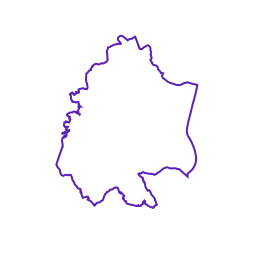 outline of Simian, Mehedinti, Romania, rotated 235°
{"feature_id": "2599482B5228411789707", "entity_name": "Simian", "entity_type": "district", "adm_level": 2, "iso_a3": "ROU", "parent_name": "Romania", "parent_adm1": "Mehedinti", "projection": "albers", "projection_center": [22.742, 44.63], "detail": "fine", "context": "isolated", "style": "outline", "palette": "violet", "viewbox_px": 256, "rotation_deg": 235, "n_neighbors": 0, "source": "geoboundaries", "source_scale": "gbopen_adm2", "svg_char_len": 5731}
<svg xmlns="http://www.w3.org/2000/svg" viewBox="0 0 256 256"><g transform="rotate(235 128 128)"><path d="M203.3,167.2L203.2,166.7L203.4,166.0L204.1,164.8L204.8,161.1L204.7,160.0L205.4,157.8L204.7,157.3L203.0,154.7L202.2,154.1L200.4,153.5L199.5,152.6L196.1,150.8L195.5,150.4L195.1,149.7L194.8,149.0L194.7,148.2L194.8,145.7L195.0,144.8L195.4,144.3L195.9,144.1L196.1,143.7L196.5,141.6L197.0,140.3L197.6,139.6L198.3,139.5L198.6,139.2L198.9,138.3L199.3,137.4L199.4,137.1L199.1,134.3L198.7,134.3L198.6,133.7L198.2,132.4L197.5,131.0L196.8,130.8L197.3,129.3L196.5,126.6L196.6,126.1L196.5,125.2L196.2,124.8L191.3,121.1L189.9,120.4L188.4,120.0L186.3,119.2L184.2,118.0L184.0,117.8L183.4,116.6L183.4,116.4L183.6,116.2L184.3,115.8L185.1,114.6L186.0,114.4L186.3,114.2L186.7,113.0L187.2,112.1L187.9,110.2L187.9,109.5L185.5,108.5L185.3,108.2L185.4,107.3L185.8,106.6L186.2,106.6L186.5,106.8L186.7,106.5L187.0,106.4L187.2,106.1L186.3,105.7L186.1,105.5L186.1,105.1L186.0,104.9L186.1,104.3L186.3,104.2L185.7,103.2L185.8,103.0L187.1,102.7L188.1,102.9L188.5,102.4L189.0,102.6L189.2,101.7L188.6,100.8L188.7,100.6L189.1,100.4L189.2,100.2L188.9,99.7L188.5,99.6L187.7,99.7L187.3,99.6L186.4,99.3L185.0,98.2L181.9,97.6L181.3,97.6L180.9,97.8L180.8,98.7L178.9,99.8L178.5,101.0L178.2,101.7L177.7,102.2L175.9,101.4L175.3,101.5L175.1,100.9L174.5,100.9L172.8,101.4L173.5,100.5L173.4,100.3L174.1,100.0L173.8,99.5L172.7,99.9L170.9,97.1L170.0,96.7L170.5,95.7L169.0,95.7L168.3,95.8L167.7,96.1L167.5,96.5L166.9,96.5L166.7,96.1L167.1,96.1L169.8,94.5L172.0,93.9L172.8,92.3L172.6,91.4L174.0,89.3L174.2,86.5L173.6,85.3L172.1,85.7L170.6,86.8L170.1,86.4L170.5,85.9L169.5,85.4L169.2,85.6L168.7,85.6L168.8,85.3L167.9,85.3L166.3,82.9L167.3,82.0L167.9,81.8L167.8,81.5L168.0,80.9L168.5,80.4L168.8,80.5L168.6,80.0L169.1,79.1L168.6,78.7L168.0,78.2L167.9,77.9L167.0,77.1L165.8,76.8L165.3,76.8L164.8,77.7L163.4,79.4L163.1,78.9L163.1,78.5L163.7,77.6L162.7,76.8L162.3,76.2L161.9,76.2L161.5,76.4L160.9,77.0L160.1,78.5L159.6,78.3L159.7,78.0L159.4,77.8L159.3,77.1L159.3,76.4L159.5,76.1L159.5,75.2L161.1,73.8L160.9,73.3L161.6,71.4L161.0,71.0L160.1,72.6L160.2,73.6L159.5,74.2L158.5,74.4L157.8,73.6L157.1,73.5L156.7,71.8L157.1,71.9L157.5,72.6L157.9,72.2L158.1,71.4L157.6,70.4L157.2,70.1L157.0,69.7L157.5,68.8L156.3,67.4L155.6,66.8L154.5,66.1L153.2,65.6L152.2,65.1L150.0,63.7L149.9,63.0L145.2,56.5L144.9,56.0L144.3,55.7L144.1,55.0L143.3,53.8L139.1,48.3L137.3,48.1L136.9,47.8L134.1,48.1L133.4,48.1L132.7,47.9L132.3,48.0L130.2,46.8L127.4,46.5L126.5,47.1L125.8,47.8L125.7,49.3L125.4,50.0L124.6,51.1L123.8,51.6L123.4,52.4L123.2,53.2L122.4,54.2L121.6,54.0L120.1,53.9L118.8,53.2L116.4,52.6L114.6,52.7L113.0,52.1L111.3,52.1L109.9,52.6L109.2,52.3L108.9,52.4L108.0,52.4L106.9,52.5L106.0,53.5L105.0,54.1L103.9,53.0L102.8,52.3L102.6,53.0L101.6,52.7L101.6,52.2L100.7,52.0L96.8,50.9L96.7,51.6L95.7,53.4L95.5,54.6L94.9,55.7L93.7,55.5L92.9,55.6L92.9,54.3L92.7,54.0L92.3,53.9L89.0,55.7L86.8,55.9L84.4,55.8L84.4,56.3L83.6,56.5L83.9,57.5L84.3,57.9L84.3,58.5L84.6,59.4L83.9,61.0L83.3,62.8L83.5,63.4L83.6,64.2L83.3,65.8L84.2,67.3L85.9,69.3L86.1,70.2L87.0,71.4L87.0,72.1L87.4,73.9L87.5,73.5L87.7,73.9L87.2,75.4L87.2,76.2L87.4,76.9L87.8,77.7L87.8,77.9L86.8,79.6L86.6,80.9L86.9,81.8L86.9,82.7L86.7,83.1L86.1,83.7L86.0,83.9L86.0,84.3L85.9,84.6L85.4,85.0L84.5,85.3L84.2,85.1L83.8,85.1L80.3,83.9L80.4,84.5L79.9,84.9L78.8,84.7L78.9,85.4L74.6,86.0L74.2,84.1L72.8,84.2L72.8,83.4L69.4,83.6L69.3,84.2L69.1,84.2L67.6,83.7L66.3,83.9L58.9,90.6L58.3,91.7L58.9,91.9L58.9,92.2L58.3,92.0L57.8,92.5L56.8,94.0L57.4,94.6L57.2,96.9L57.3,97.3L58.7,97.5L59.2,99.8L58.6,99.9L58.5,99.5L57.8,99.6L57.8,99.3L57.4,99.3L57.3,98.6L55.1,98.8L54.2,99.6L53.2,99.7L50.7,100.9L49.0,102.3L48.6,103.1L48.4,102.8L48.3,102.7L48.0,103.0L48.3,103.9L48.9,104.8L48.9,106.5L48.6,106.5L48.6,107.6L53.0,108.7L54.3,109.2L56.1,109.5L60.1,109.0L63.6,109.8L65.0,109.7L65.2,109.0L65.4,108.1L69.2,108.4L74.1,110.5L74.5,110.6L74.7,109.9L76.2,110.3L76.7,110.7L77.1,110.7L77.4,110.5L77.8,110.6L78.2,111.5L79.1,111.4L80.4,110.7L82.2,110.1L83.0,110.0L84.4,110.2L84.4,111.4L83.3,112.3L83.3,115.0L81.3,116.1L80.4,117.2L78.5,119.0L77.2,120.4L77.0,121.3L74.5,122.8L74.0,125.2L74.4,125.7L74.4,126.2L74.0,128.0L74.5,133.8L73.6,137.4L70.7,139.4L67.7,143.9L67.0,144.4L66.2,144.6L65.1,146.2L64.8,146.5L64.2,146.5L54.0,148.9L55.9,150.2L56.4,151.0L57.0,156.2L57.7,158.4L59.2,161.4L61.0,163.9L64.8,166.9L68.4,168.6L72.5,170.3L79.8,171.9L85.1,172.5L86.5,172.5L87.9,172.7L89.3,173.2L90.7,173.8L93.2,175.5L94.3,176.5L95.3,177.8L97.1,179.5L100.3,183.0L104.7,188.2L110.9,195.2L112.1,196.8L116.3,201.8L120.3,206.2L123.6,209.5L128.0,205.5L131.4,202.9L131.4,202.2L131.9,201.5L132.7,199.5L132.8,198.2L132.9,197.4L132.8,196.9L133.0,196.2L134.3,193.9L135.4,192.5L141.7,187.8L143.3,187.0L146.8,186.1L148.6,185.4L149.7,185.3L150.9,185.7L151.4,186.0L152.6,188.2L154.0,187.0L154.3,186.5L154.9,186.8L155.5,186.6L157.3,186.7L158.3,186.3L158.9,186.3L159.7,186.9L161.8,187.3L163.1,186.8L163.7,186.2L164.3,185.9L164.9,185.2L165.8,184.9L167.0,184.7L167.8,184.8L168.0,185.3L168.5,185.2L170.0,185.2L170.8,185.3L171.1,185.5L171.1,186.3L171.2,186.7L171.4,186.9L171.7,187.2L171.7,187.4L174.3,188.5L174.4,188.4L175.2,188.6L175.5,188.9L175.8,189.4L176.4,189.8L176.9,190.5L178.5,190.9L181.0,192.3L181.9,192.5L183.9,192.0L184.4,191.6L184.7,190.4L184.7,189.1L185.0,187.3L185.0,186.5L184.6,185.2L185.6,183.0L185.9,183.0L186.3,183.2L187.2,183.4L187.2,183.2L198.7,186.3L198.8,186.2L198.9,185.9L198.7,184.8L199.1,182.7L199.0,182.0L199.7,180.8L200.1,179.3L199.9,178.0L202.7,177.4L206.2,176.3L206.6,176.1L207.2,175.5L207.7,174.8L207.9,174.4L208.0,173.7L207.9,172.6L207.5,171.6L206.8,170.9L206.0,170.5L204.8,170.3L202.4,170.7L201.1,170.6L201.0,170.4L203.3,167.2Z" fill="none" stroke="#5b21b6" stroke-width="2"/></g></svg>